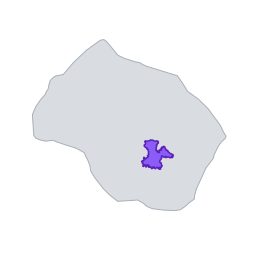 Bokong, Thaba-Tseka, Lesotho (highlighted), rotated 76°
{"feature_id": "5366337B35229058377929", "entity_name": "Bokong", "entity_type": "district", "adm_level": 2, "iso_a3": "LSO", "parent_name": "Lesotho", "parent_adm1": "Thaba-Tseka", "projection": "orthographic", "projection_center": [28.644, -29.377], "detail": "fine", "context": "in_parent", "style": "filled", "palette": "violet", "viewbox_px": 256, "rotation_deg": 76, "n_neighbors": 0, "source": "geoboundaries", "source_scale": "gbopen_adm2", "svg_char_len": 6031}
<svg xmlns="http://www.w3.org/2000/svg" viewBox="0 0 256 256"><g transform="rotate(76 128 128)"><path d="M168.3,172.2L161.3,174.4L160.3,174.6L155.8,174.1L149.8,174.7L145.1,175.9L141.4,176.4L135.4,182.8L124.6,200.1L121.7,203.7L121.0,210.5L118.5,215.9L115.4,220.1L112.4,221.2L103.4,219.6L91.8,217.5L85.0,212.3L79.0,205.5L75.7,200.6L72.4,197.9L71.3,196.3L66.5,194.1L64.7,192.9L63.1,192.1L61.2,188.8L60.0,185.9L60.4,177.9L57.0,173.1L51.2,165.0L47.5,158.4L42.4,149.3L39.3,141.6L36.1,133.5L36.4,130.0L39.4,127.6L48.2,123.4L55.0,120.2L59.8,114.3L65.1,105.7L67.6,100.5L70.2,98.1L73.0,94.4L77.9,86.2L83.4,77.2L89.2,67.5L96.7,64.6L106.9,61.3L116.8,52.9L128.5,45.7L147.4,37.9L156.3,36.0L159.6,34.8L161.8,36.3L164.0,40.7L167.2,44.4L174.7,50.9L177.9,52.4L185.6,61.9L193.8,68.5L203.3,76.1L209.7,79.8L213.0,80.9L215.7,87.6L218.4,92.6L219.9,97.2L219.6,101.7L216.5,112.7L212.1,124.0L208.6,128.7L204.4,131.6L200.2,136.1L198.6,145.1L196.6,155.8L191.2,160.1L187.0,163.0L181.2,166.5L168.3,172.2Z" fill="#d9dde1" stroke="#a8b0b8" stroke-width="1"/><path d="M166.0,122.6L166.2,122.2L166.9,121.7L167.2,121.7L167.3,121.5L167.5,121.6L167.6,122.1L167.8,122.4L168.3,122.7L168.6,122.8L168.9,122.6L169.0,122.3L168.2,120.8L168.1,120.4L168.1,119.9L168.3,119.8L168.7,119.8L169.4,120.2L169.7,120.2L169.9,120.2L170.1,119.3L170.0,119.0L169.8,118.9L169.1,119.3L168.8,119.2L168.6,118.4L168.5,117.9L168.8,117.7L169.4,117.6L169.7,117.5L169.7,117.3L169.4,117.0L169.6,116.9L169.9,116.9L170.6,117.1L170.9,117.3L171.1,117.3L171.2,117.1L171.2,116.7L170.7,116.5L170.5,116.2L170.9,116.0L171.7,115.5L172.0,115.0L172.1,114.7L172.5,114.5L172.7,114.9L172.9,115.0L173.1,114.9L173.1,114.7L172.9,114.5L173.0,114.0L173.1,113.9L173.0,113.7L172.8,113.5L172.1,113.3L171.8,112.9L171.8,112.7L172.0,112.2L172.4,112.0L173.1,112.2L173.4,112.0L174.1,111.3L174.1,111.2L173.7,111.2L173.6,110.7L173.4,110.3L173.1,109.3L174.1,109.0L174.2,108.9L174.3,108.7L174.3,108.2L173.9,107.7L174.0,107.6L174.3,107.5L174.5,107.6L174.9,107.9L175.0,108.0L175.5,107.7L175.7,107.3L175.8,106.8L175.7,106.5L175.5,106.3L175.1,106.2L174.6,106.4L174.2,106.7L174.0,106.8L173.9,106.4L174.1,106.3L174.5,105.8L174.4,105.5L173.9,105.1L173.6,104.6L173.4,104.6L173.2,104.2L172.9,104.1L172.8,104.3L172.6,104.2L172.5,104.3L172.4,104.3L171.9,104.3L171.2,104.4L170.6,104.3L170.3,104.5L169.6,104.4L169.4,104.6L169.1,105.2L168.7,105.5L168.2,105.3L167.8,105.3L167.2,104.8L167.0,104.5L166.8,104.3L166.6,103.8L166.1,103.4L165.4,102.7L164.0,102.6L163.7,102.5L163.4,102.2L163.4,101.8L163.5,101.8L163.6,101.7L163.6,101.4L163.8,101.4L163.9,101.2L164.2,101.2L164.3,101.0L164.5,100.8L164.7,100.6L164.9,100.4L165.0,100.2L164.9,100.0L165.1,99.8L165.1,99.7L165.0,99.4L165.1,99.2L165.3,99.1L165.2,99.1L165.3,98.9L165.2,98.8L165.4,98.6L165.1,98.5L165.3,98.4L165.2,98.3L165.2,98.0L165.5,98.0L165.4,97.9L165.5,97.8L165.5,97.7L165.4,97.5L165.5,97.4L165.6,97.2L165.7,96.9L165.7,96.7L165.9,96.5L165.8,96.3L166.0,96.0L166.0,95.8L166.2,95.2L166.5,94.9L166.8,94.7L166.7,94.5L166.9,94.3L166.9,94.1L167.0,94.1L167.0,93.8L167.2,93.5L167.2,92.9L167.4,92.5L167.2,91.7L166.8,91.6L166.7,92.0L166.3,92.3L166.1,92.3L165.9,92.1L165.9,90.8L165.5,90.6L165.3,90.6L163.7,91.9L163.4,92.3L163.3,92.8L163.2,92.9L162.9,93.2L162.6,93.4L162.4,93.6L162.1,93.7L161.8,94.0L161.6,94.0L161.4,94.2L161.0,94.6L160.8,94.6L160.6,94.7L160.3,94.7L160.1,94.9L160.0,95.2L159.7,95.1L159.7,95.4L159.4,95.5L159.1,95.5L158.9,95.5L158.7,95.8L158.7,96.1L158.4,96.4L158.2,96.4L158.2,96.5L157.8,96.4L157.2,96.6L156.7,96.9L156.2,96.8L155.9,96.9L155.8,97.0L155.5,96.9L155.4,97.1L155.0,97.2L154.7,97.4L154.8,97.6L155.0,97.6L154.5,98.0L154.7,98.4L155.0,98.3L155.1,98.0L155.1,98.5L155.2,98.8L154.8,98.9L154.7,99.0L155.0,99.8L154.9,100.0L155.0,100.1L155.5,99.3L155.7,99.6L155.6,99.8L155.8,100.2L155.9,100.4L155.9,100.5L155.7,100.5L155.9,100.7L156.4,100.4L156.6,100.5L156.6,100.8L156.7,101.0L156.8,101.4L157.1,101.3L156.9,101.6L156.4,101.7L156.4,101.8L156.8,102.1L157.1,101.9L157.2,102.0L157.4,102.4L157.2,102.7L157.2,102.8L157.4,102.7L157.6,102.5L157.7,102.8L157.4,103.1L157.4,103.4L157.6,103.5L157.8,103.4L157.8,103.7L158.2,103.8L158.3,104.2L158.5,104.3L158.6,104.1L158.5,103.8L158.6,103.7L158.9,103.5L159.4,103.5L159.4,103.9L158.9,104.0L158.8,104.5L158.5,104.8L158.7,105.0L158.4,104.9L158.3,105.2L158.3,105.3L158.2,105.4L157.6,105.0L157.1,105.1L156.8,105.3L156.8,106.0L156.6,106.1L156.2,106.0L155.6,106.1L155.1,105.6L154.8,105.5L153.7,105.5L153.4,105.2L153.1,105.1L153.0,104.7L152.8,104.6L152.4,104.6L151.5,104.6L151.2,104.3L151.2,104.0L151.3,103.8L151.2,103.7L150.3,103.3L150.2,102.8L149.9,102.2L149.1,102.4L148.9,102.5L148.5,102.3L148.4,102.2L148.5,102.0L148.2,102.0L147.8,102.5L147.7,102.7L147.8,102.7L147.7,102.9L147.8,103.1L147.6,104.0L147.2,104.8L147.0,105.8L146.4,106.3L146.1,106.5L145.8,106.8L145.7,107.2L145.6,107.4L145.6,107.7L145.3,108.2L145.3,108.6L145.1,108.9L145.1,109.2L145.4,109.5L145.5,109.8L145.4,110.4L145.5,110.6L145.5,111.2L145.4,111.9L145.4,113.0L145.2,113.3L144.7,113.9L144.7,114.0L145.0,114.2L145.1,114.4L145.0,114.8L145.2,115.0L145.5,115.0L145.7,114.9L146.1,114.9L146.6,114.7L146.9,114.6L147.0,114.6L148.1,115.3L148.3,116.2L148.5,116.4L148.8,116.2L149.0,116.3L149.7,116.6L150.0,116.4L150.3,116.1L151.1,115.7L151.8,114.7L151.9,114.8L152.1,114.8L152.3,114.7L152.9,114.8L153.0,114.7L153.5,113.8L154.0,114.0L155.1,113.8L155.3,113.9L155.5,113.8L155.9,113.8L156.3,114.0L156.5,113.9L157.2,114.1L157.5,114.1L157.7,114.3L157.8,114.2L158.1,114.4L158.3,114.4L158.3,114.5L158.7,114.5L158.9,114.7L159.1,114.9L159.4,115.0L159.5,115.2L159.8,115.2L160.1,115.2L160.2,115.3L160.3,115.6L160.2,115.7L160.4,115.7L160.6,115.7L160.8,115.5L161.0,115.9L161.0,116.1L161.2,116.5L161.4,116.8L161.4,117.2L161.6,117.6L161.9,117.8L162.1,118.0L161.9,118.5L161.6,118.8L160.4,119.4L160.3,119.6L160.7,120.0L161.7,120.3L161.9,120.2L162.4,119.8L162.6,119.7L163.2,120.5L163.2,121.0L163.2,121.4L163.5,122.2L163.5,122.6L163.7,122.8L163.9,122.8L164.0,122.6L163.8,121.9L164.0,121.7L164.1,121.8L164.7,122.0L164.9,122.3L165.2,122.6L165.6,122.7L166.0,122.6Z" fill="#8b5cf6" stroke="#5b21b6" stroke-width="1.5"/></g></svg>